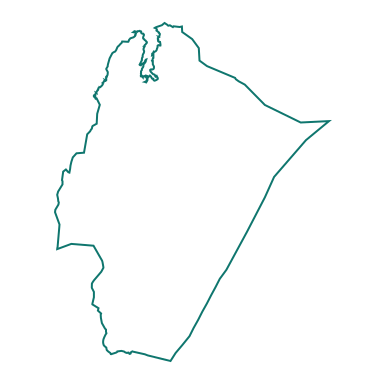 the district of Saltdal nor, Nordland, Norway
{"feature_id": "86288312B61921156724393", "entity_name": "Saltdal nor", "entity_type": "district", "adm_level": 2, "iso_a3": "NOR", "parent_name": "Norway", "parent_adm1": "Nordland", "projection": "mercator", "projection_center": [15.291, 66.881], "detail": "fine", "context": "isolated", "style": "outline", "palette": "teal", "viewbox_px": 384, "rotation_deg": 0, "n_neighbors": 0, "source": "geoboundaries", "source_scale": "gbopen_adm2", "svg_char_len": 5562}
<svg xmlns="http://www.w3.org/2000/svg" viewBox="0 0 384 384"><path d="M57.2,249.1L71.3,243.9L93.5,245.7L102.1,260.7L102.5,262.1L103.1,265.5L103.4,267.3L103.4,267.8L101.3,271.7L93.9,280.4L92.6,282.3L91.9,283.6L91.8,287.5L91.9,288.0L93.9,291.9L93.9,297.3L92.3,304.1L92.4,304.4L98.5,308.2L97.9,310.6L101.1,313.5L100.7,314.8L100.8,316.3L100.9,317.9L101.9,323.1L105.0,328.6L106.0,329.6L106.0,331.9L106.4,333.1L106.4,333.5L105.9,334.0L105.4,334.9L104.3,337.2L103.5,339.2L103.2,340.7L103.1,342.1L103.2,343.2L103.5,344.4L103.6,344.9L104.4,346.0L106.3,347.6L106.5,349.0L106.8,350.1L108.1,351.4L110.3,353.0L110.7,353.6L110.8,354.1L111.1,354.2L116.1,352.6L117.5,351.7L117.5,351.4L121.4,350.9L124.0,351.5L125.1,352.3L126.5,352.9L127.2,352.7L127.6,352.9L128.6,352.6L129.2,353.3L129.3,353.7L129.7,353.9L130.5,353.6L130.8,353.0L130.8,352.8L131.3,351.9L132.5,351.4L132.8,351.6L144.9,354.3L147.7,355.4L170.5,361.0L175.6,353.0L182.2,345.2L189.5,336.2L193.6,328.0L198.2,319.8L202.3,311.7L206.9,303.5L211.1,295.3L215.6,287.0L219.8,278.8L226.4,269.8L247.1,231.6L264.9,197.3L274.1,176.9L306.0,140.1L329.0,121.1L300.7,122.5L264.9,105.0L244.8,84.6L238.7,81.3L235.8,79.2L235.1,77.9L207.0,66.1L199.5,60.6L198.8,48.1L192.2,39.1L182.2,32.0L181.9,26.5L179.7,27.0L173.6,26.3L172.9,27.1L169.9,25.3L168.4,25.7L167.9,25.5L167.3,24.8L164.5,23.0L161.9,25.2L156.9,26.9L155.4,27.5L154.8,27.9L156.1,28.5L156.7,29.1L156.9,29.7L156.5,30.6L157.9,31.6L158.5,32.2L158.7,32.7L159.1,32.7L159.3,33.3L159.9,34.0L159.6,35.3L159.3,36.2L159.3,36.8L158.7,36.7L158.8,36.8L158.7,37.1L158.3,37.2L158.2,37.6L157.8,38.1L157.9,39.5L158.2,39.5L158.1,40.7L158.1,41.0L158.6,41.2L158.7,41.7L160.0,41.9L160.3,43.3L160.5,45.0L160.4,45.5L159.7,45.5L158.6,45.1L158.2,45.2L157.6,45.7L157.5,47.4L157.3,48.0L157.0,48.4L156.7,49.9L156.1,50.8L155.5,51.4L154.5,51.7L154.2,52.1L153.7,51.7L153.4,52.3L152.9,53.5L152.7,53.5L152.7,53.8L152.2,53.9L152.2,54.3L152.1,55.0L152.4,54.8L152.4,55.1L152.6,55.2L153.4,54.9L153.4,55.3L153.4,56.7L153.2,57.4L153.4,57.5L153.4,58.0L152.7,58.9L152.5,59.5L152.5,59.9L152.8,60.5L152.6,61.0L152.2,61.0L152.4,61.5L152.5,61.3L152.8,61.5L152.7,62.1L152.9,63.0L152.8,63.4L152.8,64.3L153.9,66.4L154.0,66.8L153.9,67.5L154.0,67.9L153.4,69.1L151.9,69.6L151.1,69.3L150.2,69.9L150.2,70.7L150.4,71.2L150.8,71.8L152.6,73.7L153.3,74.3L154.5,74.6L155.2,75.6L155.3,75.5L155.8,75.8L155.6,76.0L155.8,76.1L155.6,76.6L155.8,76.8L156.5,76.6L156.8,76.2L156.9,76.4L157.8,78.1L157.8,78.8L157.6,79.2L156.9,79.5L156.6,79.9L154.7,80.7L153.9,80.4L153.4,79.7L153.3,78.8L152.4,78.8L152.0,78.5L151.8,77.9L151.4,77.6L151.0,76.6L149.9,75.6L149.2,76.4L148.3,77.0L147.8,77.7L147.4,78.9L147.5,80.0L146.7,81.6L146.1,82.4L145.7,82.1L144.8,81.9L146.1,81.3L146.8,80.3L146.9,79.6L146.9,78.8L147.2,78.2L147.3,77.3L147.2,76.7L147.2,77.1L146.8,77.0L147.0,76.5L146.1,75.7L146.2,75.9L146.0,76.0L145.5,76.6L145.3,75.8L146.0,75.6L145.7,75.5L144.1,76.4L143.2,76.5L143.1,76.3L142.8,76.4L142.8,76.6L142.5,76.3L142.5,76.7L142.3,76.4L142.0,76.7L141.7,76.5L141.8,76.4L140.9,76.3L140.9,75.7L140.8,75.4L141.0,74.7L141.1,74.1L141.0,73.7L140.9,73.5L141.1,72.6L141.0,72.3L141.0,71.5L141.4,70.6L141.9,70.0L141.9,69.4L141.9,69.0L142.0,68.7L143.1,67.1L143.1,66.9L143.4,66.2L143.4,65.4L143.6,64.5L143.9,63.8L144.5,63.4L145.2,62.3L145.3,61.9L145.6,61.7L145.5,61.4L145.7,61.2L145.6,60.8L145.7,60.4L146.2,59.9L146.3,59.5L145.8,59.7L145.2,60.6L145.0,61.4L145.0,61.8L144.7,62.2L141.1,64.7L141.0,65.0L140.9,65.3L140.0,65.1L139.6,64.7L142.0,59.9L141.9,59.6L141.8,59.3L142.1,57.8L142.7,56.9L142.7,56.7L142.6,56.4L142.6,55.9L142.9,54.5L143.8,52.9L144.1,51.7L144.1,51.0L143.5,49.7L143.7,48.6L143.6,48.3L144.7,46.4L144.6,46.2L144.3,46.1L144.6,45.9L144.5,45.6L144.6,45.3L144.9,44.9L145.6,44.4L146.2,43.5L146.8,42.9L146.9,42.6L146.8,42.0L146.3,41.6L145.6,40.6L144.6,40.0L144.4,39.5L143.9,39.0L143.6,38.9L143.2,38.5L143.1,37.4L143.4,36.4L143.9,35.3L143.9,34.5L143.2,33.7L142.8,33.8L141.5,33.3L141.2,32.7L141.2,31.7L141.0,31.4L140.5,31.5L139.8,30.9L139.5,31.1L137.7,31.2L137.3,31.8L134.4,31.2L133.9,31.8L133.3,32.2L135.1,32.6L135.4,32.8L136.0,33.7L135.1,35.0L135.4,35.4L135.0,36.1L133.5,37.3L130.4,38.3L129.1,39.8L128.4,41.7L128.2,41.8L122.2,41.5L121.7,42.8L120.3,44.1L118.9,45.7L117.8,46.6L117.3,47.4L116.2,50.0L115.2,51.5L113.5,52.3L112.3,53.2L109.6,58.4L108.0,64.1L107.7,65.6L107.7,66.4L106.3,68.7L106.3,69.2L106.4,69.5L107.7,71.8L107.8,72.6L107.6,74.5L107.4,75.3L106.8,76.0L106.9,76.5L106.4,76.6L106.1,76.9L106.3,77.7L106.0,78.0L106.2,78.3L106.1,78.6L106.2,78.9L106.1,79.4L106.3,79.7L106.2,80.3L105.6,80.4L105.2,80.2L105.5,80.7L105.4,80.9L104.3,80.7L103.9,81.3L104.0,81.6L103.8,81.8L103.1,82.5L103.2,82.9L103.0,83.0L102.9,83.3L102.6,83.3L102.8,83.9L102.8,84.3L102.1,85.4L100.2,87.2L99.6,87.4L99.3,87.2L99.2,87.5L98.9,87.6L98.5,88.0L98.4,88.4L97.8,89.7L97.7,89.9L98.0,90.0L97.9,90.2L97.7,90.4L96.9,91.2L96.3,92.7L96.4,93.0L96.2,92.9L96.3,93.1L96.1,93.2L96.0,92.9L95.7,93.2L95.4,94.0L95.4,94.4L95.2,94.6L95.2,94.9L95.2,95.2L95.1,95.5L94.8,95.1L95.0,95.0L94.9,94.9L94.5,95.0L93.9,95.4L93.8,96.1L94.2,96.9L94.7,97.2L95.1,97.2L95.0,97.5L95.5,98.5L95.8,98.3L96.0,98.5L96.4,98.2L96.6,98.3L99.8,104.8L97.2,113.8L96.7,123.3L96.7,123.7L92.6,126.0L92.2,126.8L92.0,128.1L91.6,129.0L91.0,129.6L90.1,131.3L87.2,134.3L84.0,152.7L76.5,153.3L72.8,157.4L71.4,161.7L70.5,165.6L70.1,169.0L69.4,172.6L68.3,172.2L65.9,169.5L63.2,171.6L62.0,180.2L62.5,181.2L62.5,184.4L58.1,191.6L57.5,193.8L57.2,194.8L58.0,198.6L58.3,201.4L58.7,202.1L58.8,202.6L58.4,204.6L55.3,209.8L55.2,211.1L55.0,212.1L59.5,224.5L59.3,227.1L57.6,246.8L57.3,248.1L57.2,249.1Z" fill="none" stroke="#0f766e" stroke-width="2"/></svg>